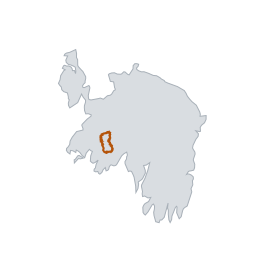 Claremorris Lea-6, Mayo, Ireland shown in context, rotated 304°
{"feature_id": "5873133B40533987579120", "entity_name": "Claremorris Lea-6", "entity_type": "district", "adm_level": 2, "iso_a3": "IRL", "parent_name": "Ireland", "parent_adm1": "Mayo", "projection": "mercator", "projection_center": [-9.004, 53.656], "detail": "fine", "context": "in_parent", "style": "outline", "palette": "amber", "viewbox_px": 256, "rotation_deg": 304, "n_neighbors": 0, "source": "geoboundaries", "source_scale": "gbopen_adm2", "svg_char_len": 6971}
<svg xmlns="http://www.w3.org/2000/svg" viewBox="0 0 256 256"><g transform="rotate(304 128 128)"><path d="M156.4,48.1L151.8,51.3L151.1,52.5L149.9,57.4L149.7,58.8L146.9,64.2L145.3,65.3L142.9,66.2L141.5,67.1L139.8,66.7L137.6,66.7L136.5,67.7L136.6,68.4L137.2,69.3L141.3,71.8L141.0,72.8L139.9,74.0L132.7,76.9L130.6,78.6L129.8,79.8L130.6,81.7L136.3,87.5L137.3,88.2L138.1,91.5L143.2,92.9L145.3,95.0L147.0,95.5L150.9,95.3L152.5,96.1L153.3,95.5L153.9,94.4L158.2,90.3L156.8,87.3L161.2,82.0L162.4,82.1L164.5,83.7L166.2,85.9L166.7,88.9L168.3,91.6L169.3,92.5L172.1,93.0L172.8,94.1L172.3,97.9L172.7,99.2L179.8,99.1L182.6,97.4L185.1,97.7L186.3,99.4L186.8,101.2L184.7,101.9L182.5,101.5L181.4,102.7L181.4,104.9L182.1,107.8L183.6,109.8L184.8,114.4L185.7,119.5L187.3,122.5L187.6,126.3L187.3,128.2L187.6,131.5L187.0,132.7L187.5,135.8L190.0,145.9L190.5,153.7L189.3,156.6L187.6,159.4L186.5,162.7L185.6,166.2L185.1,171.9L181.4,178.5L179.9,180.2L178.0,181.2L182.0,185.8L178.8,187.9L175.2,188.5L171.3,187.4L168.9,187.5L165.8,189.9L165.1,189.5L163.6,185.7L162.6,189.6L160.3,190.8L156.5,190.6L150.0,191.6L147.5,192.7L146.5,194.5L145.7,196.5L144.7,197.6L143.6,198.3L138.6,199.7L137.7,200.3L135.3,203.6L132.3,205.4L129.8,206.0L127.6,204.1L126.7,203.0L125.7,202.4L122.3,202.5L123.3,203.1L124.0,204.4L124.4,206.9L124.0,209.4L122.3,210.7L120.3,210.9L117.1,213.5L112.9,214.2L110.7,216.6L96.8,220.6L96.0,220.6L94.1,219.6L92.1,219.1L90.0,219.5L84.2,221.7L81.4,221.2L85.0,215.7L89.8,212.9L90.3,212.1L88.7,211.7L79.5,213.7L76.4,215.4L73.2,215.8L74.7,213.3L78.8,209.8L82.3,207.5L83.8,205.5L88.2,203.2L74.2,208.0L70.6,207.4L69.7,206.0L66.9,206.7L65.8,203.4L70.0,198.5L72.5,196.4L75.4,195.3L78.2,193.6L79.2,191.6L77.9,191.0L69.5,191.5L65.5,191.0L65.7,189.4L66.4,187.7L70.6,184.6L72.9,184.2L74.9,184.4L78.5,186.2L83.2,185.7L81.2,183.7L80.9,179.8L79.3,178.4L81.3,176.6L83.5,175.5L87.2,171.7L88.5,171.1L95.8,170.2L103.7,168.2L111.5,165.4L107.5,163.9L105.6,161.9L102.5,166.0L100.3,167.6L94.0,168.4L92.0,167.9L89.2,166.7L88.4,167.1L87.6,168.1L83.4,170.1L79.0,170.6L84.1,166.9L90.6,160.6L92.0,158.6L94.0,155.2L93.4,153.6L92.1,152.7L96.7,145.6L98.4,144.3L101.4,144.1L103.6,142.9L104.5,142.9L105.4,142.5L107.3,140.4L104.4,139.0L101.3,138.3L91.8,139.0L90.6,138.9L89.4,138.2L88.6,137.2L88.1,134.8L87.4,134.2L85.2,134.2L83.1,135.0L81.7,134.9L80.2,133.8L82.5,131.3L79.5,130.7L76.5,131.2L74.0,130.5L74.0,128.9L75.1,127.3L73.6,125.8L73.3,123.9L74.9,123.0L76.6,123.3L80.1,121.9L84.7,121.2L80.8,119.9L79.2,118.7L79.2,116.9L79.5,115.3L84.0,112.7L88.7,111.5L88.4,109.8L88.7,107.9L83.9,107.4L79.1,108.7L79.6,105.1L80.8,101.8L81.0,99.7L80.8,97.4L78.5,98.4L78.3,95.1L77.3,92.9L74.0,94.4L74.1,91.5L75.0,89.4L76.8,88.5L78.5,88.9L81.7,88.9L84.8,87.3L89.2,86.9L96.3,87.4L101.1,91.8L102.4,91.0L104.3,88.3L105.3,87.9L112.6,89.2L117.1,90.7L118.3,90.2L117.7,87.2L116.1,85.1L118.1,82.3L120.5,80.4L122.1,79.4L125.8,78.3L127.4,77.2L128.5,73.6L130.2,70.5L120.9,72.1L112.1,68.5L113.5,66.0L115.3,64.6L118.6,63.5L118.9,62.2L120.5,61.1L123.2,58.2L122.2,54.4L122.7,51.7L124.6,49.9L125.3,47.3L126.1,45.4L130.0,44.7L133.8,42.9L139.6,42.7L141.1,43.4L140.8,40.2L143.5,39.8L144.6,40.4L145.1,42.7L146.3,44.1L146.7,46.6L145.9,48.5L144.5,49.9L145.7,51.4L143.8,54.1L145.9,53.0L148.9,50.3L148.8,48.2L148.3,45.4L147.4,43.0L147.8,40.2L149.5,38.5L154.0,37.7L152.2,34.6L153.8,34.3L155.6,35.0L158.2,37.4L163.8,40.8L161.0,43.7L157.7,45.8L156.4,48.1ZM78.1,106.3L78.0,107.7L75.9,105.9L74.9,104.0L69.0,103.1L71.5,101.2L72.6,101.8L76.8,101.9L77.9,102.7L78.1,106.3Z" fill="#d9dde1" stroke="#a8b0b8" stroke-width="1"/><path d="M110.4,118.3L110.4,118.2L110.5,118.2L110.9,117.8L110.9,117.7L111.0,117.5L111.0,117.4L111.1,117.1L111.2,116.9L111.3,116.9L111.5,117.0L111.9,117.1L112.0,117.1L112.3,117.0L112.2,116.8L112.3,116.7L112.5,116.6L112.6,116.4L112.7,116.5L113.1,116.3L113.1,116.2L113.3,116.1L113.6,116.0L113.6,115.9L113.5,115.5L113.5,115.4L113.6,115.5L113.7,115.4L114.1,115.5L114.1,115.3L114.0,115.1L113.9,115.0L114.0,114.9L114.1,114.7L113.8,114.7L113.7,114.4L113.8,114.1L113.7,114.0L113.7,113.8L113.6,113.7L113.3,113.3L113.1,113.3L112.9,113.2L112.7,113.2L112.6,112.9L112.3,112.8L112.2,112.8L112.1,113.0L112.1,113.3L111.9,113.2L111.8,112.9L111.7,112.9L111.3,112.7L111.1,112.2L110.9,112.0L110.9,111.9L110.5,111.8L110.3,111.6L110.0,111.1L109.8,111.0L109.8,110.9L109.5,110.8L109.5,110.7L109.4,110.6L109.1,110.6L109.0,110.4L108.8,110.2L108.7,110.1L108.4,109.9L108.3,110.1L108.2,110.3L107.7,109.9L107.3,109.8L107.2,109.8L107.2,110.0L107.1,109.9L106.9,110.0L106.7,110.0L106.5,110.3L106.4,110.3L106.2,110.3L106.1,110.5L106.1,110.4L105.9,110.3L105.9,110.2L105.8,109.9L105.7,109.8L105.5,110.0L105.5,110.3L105.4,110.6L105.5,110.7L105.5,110.9L105.5,111.0L105.4,111.1L105.3,110.9L105.1,110.8L104.7,110.6L104.6,110.8L104.4,110.9L104.4,111.0L104.1,111.3L103.9,111.6L103.6,111.3L103.4,111.4L103.3,111.5L103.2,111.6L103.3,111.8L103.2,111.9L103.2,112.0L103.3,112.2L103.2,112.5L103.6,112.9L103.5,113.0L103.4,113.1L103.3,112.9L103.2,112.9L103.1,112.7L103.0,112.8L102.6,112.8L102.6,113.1L102.3,112.7L102.0,112.6L101.9,112.7L101.9,112.8L101.9,113.0L102.0,113.1L101.9,113.2L102.0,113.4L101.9,113.4L102.0,113.6L101.9,113.6L101.7,113.5L101.5,113.8L101.7,114.0L101.5,114.3L101.4,114.2L101.3,114.3L101.4,114.5L101.3,114.8L101.2,115.1L101.0,115.5L100.9,115.3L100.8,115.1L100.7,115.2L100.6,115.3L100.6,115.6L100.4,115.8L100.3,116.0L100.1,116.0L100.2,116.3L100.1,116.5L99.9,116.6L99.9,116.4L99.9,116.5L99.8,116.2L99.7,116.2L99.4,116.1L99.2,116.3L98.1,118.5L97.8,118.6L97.7,118.7L97.6,118.8L97.6,119.0L97.4,119.1L97.2,119.4L95.8,119.7L95.6,120.1L94.9,121.6L95.0,122.7L95.1,123.0L95.4,123.2L95.4,123.4L95.2,123.6L95.2,123.8L95.2,124.0L95.3,124.1L95.5,124.3L96.0,124.3L96.0,124.2L96.1,123.9L96.3,123.8L96.4,123.6L96.5,123.6L96.6,123.9L96.5,124.1L96.8,124.1L97.0,124.1L97.2,124.3L97.1,124.2L97.1,124.3L97.2,124.6L97.1,124.8L97.3,125.1L97.3,125.5L98.6,126.3L98.5,127.2L99.2,127.3L99.3,127.5L99.5,127.5L99.8,127.5L100.1,127.6L100.3,127.5L100.3,127.4L100.5,127.3L100.7,127.2L100.8,127.1L101.0,127.2L101.2,127.3L101.4,127.4L101.6,127.1L101.8,127.0L101.9,126.9L101.9,126.7L102.0,126.7L102.3,126.6L102.5,126.6L102.5,126.4L102.6,126.2L102.6,125.8L102.6,125.7L103.0,125.3L103.2,125.2L103.3,125.1L103.5,125.1L103.7,124.7L103.8,124.6L104.1,124.5L104.3,124.5L104.3,124.4L104.2,124.3L104.3,124.3L104.3,124.2L104.5,124.0L104.5,123.9L104.4,123.5L104.3,123.4L104.2,123.4L104.2,123.2L104.1,122.6L104.1,122.4L104.3,122.4L104.5,122.5L104.5,122.4L105.1,122.2L105.1,121.9L105.0,121.7L104.9,121.6L105.1,121.5L105.3,121.4L105.5,121.5L105.6,121.3L105.8,121.2L105.8,120.8L105.7,120.8L105.8,120.7L105.7,120.7L105.9,120.3L106.0,120.2L106.1,119.8L106.0,119.6L106.1,119.4L105.9,119.3L106.1,118.8L106.3,118.8L106.6,118.8L106.8,118.6L107.0,118.5L107.5,118.9L107.7,119.2L107.8,119.2L107.8,119.3L108.1,119.4L108.2,119.2L108.3,119.1L108.2,118.9L108.4,118.9L108.7,118.9L108.8,118.9L109.1,118.8L109.1,118.7L109.3,118.8L109.5,118.9L109.8,118.9L110.0,118.7L110.3,118.4L110.4,118.3Z" fill="none" stroke="#b45309" stroke-width="2"/></g></svg>